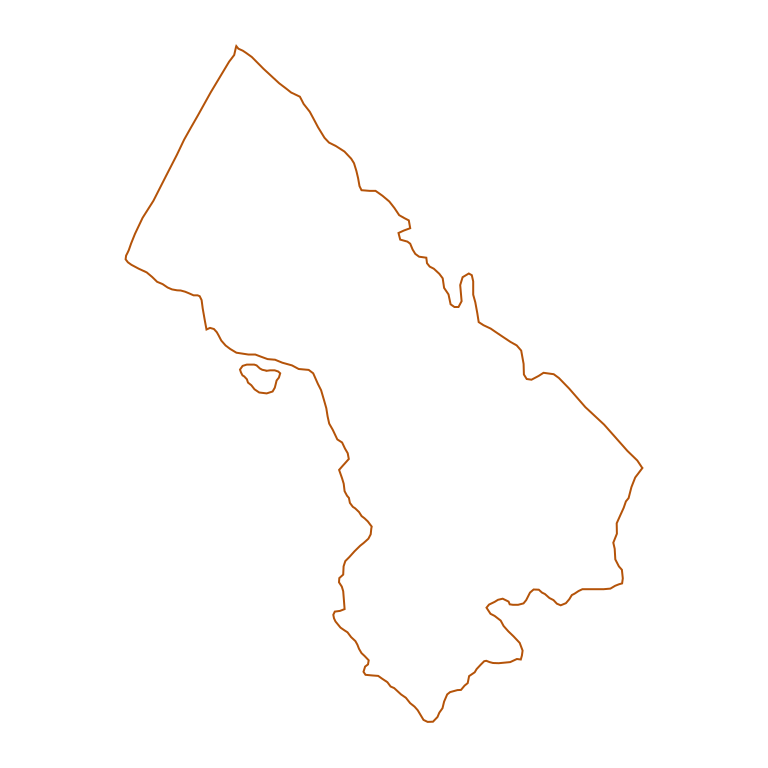 outline of Strömsund, Jämtland, Sweden
{"feature_id": "70781695B21663414086588", "entity_name": "Strömsund", "entity_type": "district", "adm_level": 2, "iso_a3": "SWE", "parent_name": "Sweden", "parent_adm1": "Jämtland", "projection": "mercator", "projection_center": [15.173, 64.234], "detail": "fine", "context": "isolated", "style": "outline", "palette": "amber", "viewbox_px": 768, "rotation_deg": 0, "n_neighbors": 0, "source": "geoboundaries", "source_scale": "gbopen_adm2", "svg_char_len": 4026}
<svg xmlns="http://www.w3.org/2000/svg" viewBox="0 0 768 768"><path d="M302.5,101.7L299.9,96.7L291.1,92.5L286.2,88.6L279.2,83.3L263.6,68.9L251.8,57.0L246.1,52.9L242.8,50.7L238.4,48.7L236.3,46.1L236.0,47.0L234.2,55.0L229.1,61.7L210.8,92.2L197.9,115.4L190.8,127.8L184.1,139.7L177.0,154.6L165.8,176.4L153.4,200.8L142.6,217.8L135.0,233.8L131.1,243.5L128.8,250.1L127.5,252.9L126.1,255.6L125.6,259.3L127.9,262.3L131.4,264.8L138.7,268.7L146.7,272.4L152.2,277.0L157.1,281.8L162.6,284.1L167.6,287.5L172.0,289.4L177.0,290.3L180.7,290.5L185.1,291.7L189.0,293.3L193.5,295.3L197.5,295.3L199.7,296.2L201.6,300.1L202.7,308.4L205.0,321.5L206.5,329.5L210.0,327.9L213.9,329.0L216.8,332.2L218.6,335.4L221.3,340.6L225.6,345.5L230.1,348.9L236.4,352.7L248.2,354.5L255.2,354.5L261.3,356.8L267.6,359.1L274.6,359.7L275.0,359.7L282.3,362.7L292.0,365.4L298.7,369.0L308.7,369.9L313.2,373.3L317.9,383.9L321.1,390.2L324.0,400.1L326.3,408.2L327.6,416.4L329.2,423.6L332.8,429.9L337.3,439.4L342.1,442.5L345.0,448.6L347.7,453.2L348.8,459.0L342.7,465.8L339.1,469.9L342.1,478.4L343.7,483.7L344.6,491.2L347.0,495.7L348.9,497.9L349.9,502.9L352.8,506.8L355.1,508.3L359.0,512.0L361.6,516.1L364.4,518.2L367.8,521.4L371.7,526.6L371.3,528.5L370.7,534.3L368.4,538.7L363.5,543.1L360.2,545.7L354.5,551.3L349.2,557.2L345.3,561.1L343.6,566.3L343.2,574.6L339.3,578.1L339.0,582.3L341.8,586.6L343.2,591.2L343.9,600.0L344.6,609.1L340.0,610.9L334.8,611.6L333.3,614.8L334.0,618.3L335.5,621.5L340.5,627.6L344.1,630.1L344.7,630.5L347.5,632.3L351.1,637.1L355.4,641.1L357.4,644.7L359.0,648.8L361.5,653.1L364.6,656.0L368.7,660.3L368.0,664.4L365.1,666.6L363.5,671.8L365.5,674.8L371.6,675.4L378.2,675.9L382.0,678.6L387.4,682.2L390.6,686.5L394.2,688.1L401.0,694.4L405.9,697.8L410.2,703.2L414.5,706.6L417.7,710.2L420.4,714.7L423.5,719.9L427.6,721.9L433.0,721.7L434.8,719.8L437.5,717.0L439.3,712.7L442.5,708.2L444.1,701.6L447.2,694.4L450.1,692.1L457.4,690.1L461.0,689.9L464.6,685.6L467.7,683.1L469.1,676.1L474.7,672.3L476.6,669.1L480.6,664.8L484.2,661.2L486.3,660.8L489.6,662.1L493.0,663.0L498.7,663.2L510.2,662.1L516.9,659.0L520.8,659.5L521.9,655.6L522.6,650.6L519.7,642.9L513.6,636.4L508.4,631.4L503.6,626.0L500.7,620.6L494.6,615.9L490.5,613.8L486.5,607.7L489.0,604.6L494.6,601.9L498.0,599.8L502.7,598.7L508.6,601.6L509.7,604.3L512.9,604.8L518.1,604.8L523.5,603.4L526.2,600.1L530.0,592.6L533.6,589.5L538.8,589.7L542.0,592.6L544.9,594.0L549.4,598.0L553.5,600.1L556.9,603.7L560.7,605.3L565.9,603.2L569.3,599.2L571.8,595.1L574.5,593.7L578.6,591.0L582.4,589.2L591.4,589.2L603.6,589.2L610.4,588.6L615.1,585.8L618.9,584.3L622.1,583.4L622.8,578.4L621.9,569.8L618.9,566.4L615.3,559.4L614.7,548.8L613.3,542.7L616.9,533.7L616.7,523.3L620.1,515.7L623.7,507.8L625.9,501.4L628.6,498.1L631.4,487.2L635.2,477.5L642.4,468.0L642.1,467.7L637.3,460.5L627.4,450.9L604.1,424.6L585.3,407.1L569.2,388.6L558.9,378.0L553.7,374.2L543.5,372.8L538.7,375.9L531.5,379.7L526.7,379.0L523.9,374.5L523.6,363.9L521.2,350.6L516.7,345.4L510.6,342.0L503.4,337.2L495.8,332.1L490.7,328.6L483.5,325.2L478.7,322.1L477.3,313.2L475.3,302.3L473.2,294.7L473.2,281.4L471.8,275.2L468.8,273.5L462.6,277.2L460.2,285.1L461.6,301.2L458.5,307.0L454.4,307.0L450.6,304.3L448.5,294.4L444.1,287.9L442.7,278.3L439.3,273.8L433.8,268.7L429.7,266.6L427.0,263.2L426.3,257.7L419.1,256.7L415.3,253.9L412.6,249.5L410.2,243.7L407.4,241.6L400.2,239.6L398.5,233.0L403.7,230.6L410.2,228.2L408.8,220.4L404.7,218.3L399.2,215.2L394.4,208.0L389.3,201.5L382.4,195.7L375.6,190.9L370.1,190.9L361.5,190.2L359.5,186.1L358.1,178.2L356.4,171.0L354.0,163.2L351.2,158.7L344.4,151.5L335.8,146.0L329.0,142.6L324.5,137.8L318.0,127.2L314.2,120.0L309.8,111.8L303.6,103.9L302.5,101.7ZM266.7,370.8L266.7,370.7L262.3,369.8L259.9,368.5L256.6,365.4L254.2,364.6L246.8,364.6L242.6,365.9L240.0,369.6L241.0,372.5L242.5,375.4L244.2,376.4L246.9,379.3L248.0,382.6L251.3,385.2L254.5,389.3L259.2,392.5L266.7,393.4L272.6,391.5L274.8,387.7L275.5,385.0L276.6,380.5L278.9,377.6L280.2,373.3L278.2,371.5L274.6,370.3L270.3,370.3L266.7,370.8Z" fill="none" stroke="#b45309" stroke-width="2"/></svg>